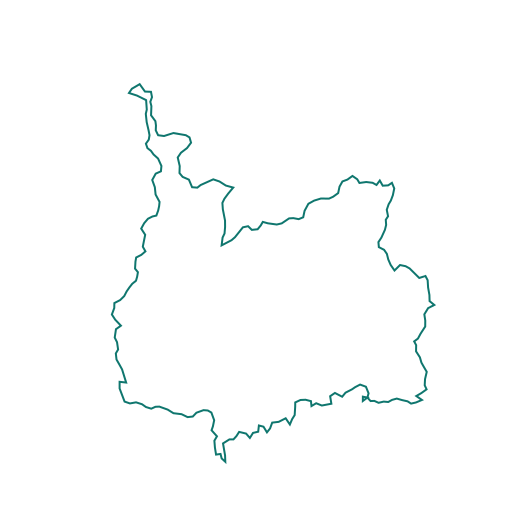 the district of Balsa Nova, Paraná, Brazil, rotated 347°
{"feature_id": "56859067B3442614112454", "entity_name": "Balsa Nova", "entity_type": "district", "adm_level": 2, "iso_a3": "BRA", "parent_name": "Brazil", "parent_adm1": "Paraná", "projection": "albers", "projection_center": [-49.689, -25.488], "detail": "fine", "context": "isolated", "style": "outline", "palette": "teal", "viewbox_px": 512, "rotation_deg": 347, "n_neighbors": 0, "source": "geoboundaries", "source_scale": "gbopen_adm2", "svg_char_len": 3304}
<svg xmlns="http://www.w3.org/2000/svg" viewBox="0 0 512 512"><g transform="rotate(347 256 256)"><path d="M418.7,343.8L415.0,339.0L416.2,333.0L416.6,325.4L417.8,318.2L416.6,313.6L410.1,314.1L402.9,302.7L399.5,299.6L394.3,297.2L387.7,301.3L385.2,295.0L384.1,289.1L384.0,283.4L382.2,278.8L377.7,275.0L378.4,270.0L382.3,266.3L387.5,259.5L389.8,255.0L390.6,249.9L393.6,247.0L393.8,240.4L396.9,235.4L399.8,232.4L403.0,227.6L405.9,221.3L404.9,215.3L400.7,216.9L395.3,216.0L393.6,210.3L389.4,213.9L386.1,210.9L380.0,208.7L373.2,208.1L371.9,204.0L368.0,199.7L362.3,202.1L357.0,202.8L353.0,207.2L350.2,213.2L344.5,215.6L340.1,216.5L332.1,214.6L325.1,215.1L318.8,216.9L313.5,222.9L310.7,228.9L305.9,229.7L300.9,227.5L296.7,226.8L288.4,230.0L283.3,230.0L274.9,226.8L270.3,224.3L267.5,227.3L263.6,230.3L257.8,229.6L255.0,225.2L249.7,225.1L239.7,233.0L235.7,235.1L224.9,237.9L227.6,230.5L230.4,227.0L232.4,220.8L233.8,214.5L234.2,203.0L235.2,196.7L238.1,193.1L243.0,188.9L249.2,184.2L242.5,180.6L237.2,175.2L231.6,171.7L218.0,174.4L214.2,176.2L209.2,174.6L207.8,166.5L202.3,162.4L200.1,158.0L201.9,151.2L201.9,142.4L206.1,138.5L213.1,135.3L218.2,131.0L217.9,125.5L214.8,122.5L203.1,117.6L193.4,118.4L187.8,116.3L186.6,111.0L187.9,106.3L188.3,102.0L185.4,95.3L187.8,86.4L187.7,82.0L190.4,77.8L190.6,72.4L184.8,70.8L181.3,62.4L172.7,65.1L168.9,68.6L176.1,72.9L184.0,79.4L182.5,88.8L180.6,92.7L179.6,101.0L179.6,109.6L179.4,114.4L177.7,118.5L174.0,121.8L174.5,126.5L177.3,129.9L179.0,134.0L182.5,139.0L184.1,147.0L182.4,152.1L176.8,153.2L172.0,158.6L172.9,166.2L172.0,173.5L174.2,181.6L172.8,185.7L170.9,189.7L168.0,194.2L164.0,194.2L159.1,195.4L154.4,198.9L150.3,203.5L152.8,210.4L149.7,217.2L147.8,221.5L149.3,226.6L144.5,229.1L138.9,230.5L137.3,234.3L135.3,241.1L137.3,245.2L135.5,249.5L133.5,253.1L129.2,255.2L125.5,258.2L122.0,261.4L118.6,265.4L113.7,268.4L107.4,270.0L106.2,274.8L102.4,280.6L104.5,286.4L108.7,293.5L103.1,295.8L100.0,303.7L101.2,308.7L100.6,316.1L97.5,319.4L96.8,325.5L98.5,331.1L100.0,336.4L101.0,350.1L94.8,347.9L93.3,354.4L95.2,368.3L100.0,371.3L106.2,371.6L111.6,374.8L114.8,378.4L119.6,381.2L124.1,380.3L127.9,381.0L135.4,385.8L140.2,390.6L147.9,393.4L153.1,397.6L158.3,398.2L162.7,395.3L170.2,394.4L174.3,395.7L177.3,398.5L178.3,406.6L175.7,412.3L173.5,415.8L177.4,422.9L173.9,426.6L172.9,433.3L172.4,440.5L176.9,440.9L177.0,445.5L179.8,449.6L181.0,443.3L181.7,431.2L188.9,428.7L192.8,429.6L196.4,427.1L200.0,423.6L206.4,426.8L209.1,431.9L213.3,427.7L218.6,427.7L220.7,421.8L224.9,424.0L227.0,430.3L230.9,427.2L234.3,422.0L240.8,422.7L248.4,420.8L251.1,427.8L254.5,423.1L257.9,419.7L260.3,411.6L261.3,407.5L266.9,406.3L271.9,407.2L276.9,409.8L276.3,414.7L281.5,413.0L286.5,416.5L296.2,416.9L296.7,409.3L302.1,407.2L308.3,412.5L312.5,409.3L319.6,407.5L323.1,406.1L328.5,404.7L333.7,408.1L334.8,415.1L332.7,419.0L335.0,423.1L338.7,423.8L342.4,426.6L347.7,426.6L352.0,428.0L356.2,426.8L361.1,426.6L366.0,429.3L371.0,431.7L373.9,434.7L378.9,434.7L385.3,433.6L380.7,428.5L386.2,426.8L392.2,424.3L391.3,419.9L393.0,414.0L396.3,407.3L394.5,401.5L393.2,397.1L392.9,391.6L390.5,384.9L392.0,378.9L390.9,374.8L395.2,372.9L398.9,368.7L405.0,362.8L406.4,357.0L406.9,350.7L412.0,345.5L418.7,343.8ZM332.7,419.0L328.5,417.1L327.5,421.3L332.7,419.0Z" fill="none" stroke="#0f766e" stroke-width="2"/></g></svg>